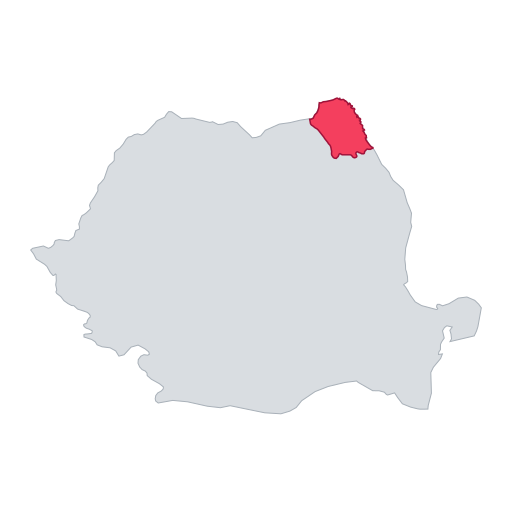 where Botosani sits in Romania
{"feature_id": "ROU-287", "entity_name": "Botosani", "entity_type": "County", "adm_level": 1, "iso_a3": "ROU", "parent_name": "Romania", "parent_adm1": "", "projection": "mercator", "projection_center": [26.907, 47.851], "detail": "fine", "context": "in_parent", "style": "filled", "palette": "rose", "viewbox_px": 512, "rotation_deg": 0, "n_neighbors": 0, "source": "natural_earth", "source_scale": "10m", "svg_char_len": 5537}
<svg xmlns="http://www.w3.org/2000/svg" viewBox="0 0 512 512"><path d="M410.2,294.9L415.2,301.9L421.6,305.6L436.3,309.5L437.6,309.1L437.7,308.3L436.7,307.3L436.6,306.0L437.3,304.4L439.3,304.3L442.6,305.8L449.0,303.7L458.3,298.1L466.9,297.0L474.7,300.3L478.7,304.2L481.3,307.8L480.5,312.3L480.0,315.1L477.9,326.7L476.5,331.0L474.2,335.9L450.0,341.6L451.5,338.9L451.0,334.0L449.9,330.3L452.2,327.0L446.8,325.8L444.4,327.6L442.5,330.8L444.2,338.1L441.5,342.1L440.5,344.4L440.4,349.7L438.8,352.0L438.5,354.5L442.4,353.9L440.6,358.5L433.4,367.2L430.8,372.5L431.4,393.2L428.2,405.5L427.9,409.1L420.2,409.2L417.9,408.9L410.6,407.1L402.4,403.8L397.6,397.5L394.6,392.9L387.6,395.0L386.3,394.4L384.4,392.2L379.2,390.8L372.7,390.7L358.2,382.4L356.6,381.0L345.2,382.4L328.1,386.5L315.1,391.6L301.7,400.7L296.2,407.5L289.9,411.1L280.9,413.8L264.8,412.8L248.1,409.4L230.1,405.7L220.4,407.7L207.3,406.2L187.5,401.8L172.7,400.4L158.2,403.0L155.7,401.0L155.2,398.8L155.8,395.5L157.8,392.9L161.3,391.0L163.2,389.0L163.4,386.9L159.4,383.7L151.3,379.2L148.0,376.3L147.2,375.6L147.0,373.1L145.3,371.1L142.1,369.6L139.7,367.0L138.0,363.2L138.3,359.6L140.8,356.2L143.9,354.7L147.8,355.2L149.4,354.2L148.7,351.8L145.0,348.8L138.1,345.1L131.1,347.1L124.0,354.8L118.9,356.1L115.7,350.9L110.1,347.8L102.1,346.8L97.1,344.8L95.2,341.8L91.7,339.5L84.0,337.0L83.9,334.6L85.1,334.1L87.9,333.9L91.6,333.4L92.2,332.0L92.2,330.8L89.3,329.2L86.3,328.2L84.8,327.1L83.8,326.0L83.6,324.7L84.5,323.9L85.7,323.8L86.8,323.1L87.5,320.3L89.1,317.9L90.2,317.1L90.2,315.4L89.0,313.8L87.4,312.4L85.0,311.5L77.6,309.1L73.9,305.7L71.6,305.5L68.0,303.6L64.0,300.7L60.7,296.5L57.0,293.7L56.1,292.6L56.0,291.5L56.7,290.3L56.6,289.1L55.7,284.9L56.3,280.5L56.1,276.4L56.1,274.5L55.4,274.0L54.8,274.6L53.9,275.4L53.0,275.5L50.3,272.5L46.9,266.4L44.6,264.3L40.1,261.5L36.3,259.1L33.6,253.9L30.7,250.0L32.6,248.3L43.4,246.0L48.4,248.3L50.7,247.4L52.9,245.6L54.1,244.1L54.3,242.5L55.4,240.5L59.1,239.6L68.7,240.8L72.6,238.0L74.1,236.5L74.9,233.2L75.9,230.5L79.4,229.1L79.4,226.6L78.8,223.9L80.8,218.0L82.1,215.5L84.0,214.6L86.4,212.8L90.5,208.8L89.5,205.4L90.4,202.9L94.6,196.7L97.9,190.8L97.8,187.8L98.3,185.2L101.2,182.3L104.2,178.6L108.2,166.9L109.6,165.0L112.2,162.7L114.2,160.5L114.4,152.8L116.2,150.6L119.8,148.1L123.2,144.1L126.1,139.3L128.3,137.1L131.2,136.5L134.3,134.6L137.8,133.9L141.2,134.9L143.4,134.4L146.6,132.1L155.0,123.3L156.2,121.5L157.9,120.3L164.6,117.3L166.4,114.3L168.7,111.6L171.7,111.8L181.5,118.5L192.0,118.1L193.9,118.3L194.5,118.5L195.8,119.0L209.7,122.4L211.9,122.0L212.5,121.7L218.1,124.5L223.1,124.1L227.8,122.2L232.7,121.5L237.2,122.7L240.6,126.6L249.5,134.8L252.2,137.8L256.3,137.4L260.8,135.8L265.3,130.3L279.3,124.1L290.1,122.6L300.5,120.1L312.6,118.3L316.1,113.2L318.0,109.7L319.4,103.3L325.9,101.4L332.1,100.1L334.3,99.2L338.8,99.0L342.3,99.5L347.7,102.7L351.5,106.7L353.0,109.9L356.3,114.4L359.7,120.7L363.5,129.0L364.3,133.2L365.7,137.8L368.5,143.3L373.8,149.4L374.6,150.6L377.0,154.9L381.7,164.4L385.6,168.2L389.0,172.3L390.7,176.5L393.1,180.3L398.8,185.2L403.5,189.8L407.2,202.7L409.8,208.7L411.5,213.2L410.7,222.4L411.7,226.4L409.6,233.5L405.7,247.9L404.8,259.3L405.5,265.4L405.6,269.4L406.5,271.9L407.5,277.0L407.7,281.5L406.3,282.8L404.4,283.9L403.6,284.8L405.4,286.8L407.8,290.6L410.2,294.9Z" fill="#d9dde1" stroke="#a8b0b8" stroke-width="1"/><path d="M337.6,98.2L338.7,99.1L339.2,99.3L339.8,98.5L340.3,99.6L341.2,99.8L343.2,99.4L344.0,99.8L345.1,101.1L345.6,100.8L347.6,102.9L347.9,103.4L348.1,104.6L348.5,104.4L349.1,103.6L349.5,103.2L350.1,103.7L350.3,104.5L350.7,105.3L352.3,105.9L352.3,106.5L351.8,107.1L350.9,107.1L350.9,107.6L352.2,108.4L353.1,108.7L353.7,108.2L354.1,108.4L354.5,108.7L354.7,109.1L354.7,109.5L354.2,110.1L354.1,110.5L354.4,112.3L355.3,113.7L356.4,114.7L357.7,115.4L357.7,115.9L356.7,116.4L356.7,116.7L356.8,116.9L356.9,117.2L357.0,117.4L358.2,116.8L358.9,117.8L359.3,118.7L359.9,118.4L360.5,119.0L360.5,119.6L360.2,120.3L359.6,120.8L360.6,121.6L360.9,121.8L360.9,122.2L360.1,123.3L360.6,124.0L361.7,124.6L362.6,125.6L362.5,126.0L362.6,128.1L362.6,128.6L363.1,129.0L363.6,129.1L364.2,129.4L364.5,130.0L362.9,131.0L363.5,131.5L364.1,132.5L364.7,133.6L364.9,134.2L365.1,134.5L365.9,135.1L366.1,135.4L366.2,135.5L366.3,136.1L366.2,136.8L366.5,137.3L366.5,137.8L365.4,138.0L365.8,139.6L366.9,141.4L370.0,145.5L371.4,146.9L372.9,147.5L373.0,148.1L370.4,149.3L368.4,149.3L367.7,149.1L367.1,149.1L366.5,149.5L365.7,150.4L365.3,150.8L364.9,151.3L364.6,151.8L364.4,153.0L364.1,153.5L363.5,153.8L362.2,153.8L361.5,153.7L360.7,153.2L359.9,152.9L358.6,152.5L357.8,151.9L357.4,151.8L356.9,151.9L356.3,152.3L356.0,152.8L355.9,153.3L355.9,153.9L356.8,155.8L356.8,156.4L356.6,156.9L356.1,157.3L355.1,157.7L354.4,157.8L353.5,157.5L352.9,157.1L352.4,156.5L351.7,155.6L351.3,155.3L350.9,155.0L350.4,154.8L342.4,154.8L341.7,154.6L341.2,154.3L340.3,153.7L339.8,153.7L339.4,153.9L339.0,154.3L338.8,155.0L338.1,156.5L336.2,158.4L334.2,158.1L333.7,157.7L333.0,157.1L331.9,155.4L331.6,154.7L331.5,153.9L331.5,153.1L331.6,152.1L331.6,151.2L330.9,147.5L330.4,146.0L329.9,145.1L328.4,143.6L327.8,142.5L324.7,138.6L323.8,137.1L318.3,130.1L317.2,129.0L314.8,127.6L312.9,126.0L311.6,125.2L310.9,124.4L310.5,123.7L309.7,119.3L310.8,119.3L313.1,118.3L313.5,117.6L314.6,115.1L315.2,114.4L316.4,113.3L317.0,112.6L317.7,111.1L318.5,108.9L319.0,106.6L319.0,105.0L319.3,102.7L319.7,102.8L320.6,102.9L321.4,102.7L323.0,101.9L323.8,101.7L326.0,101.5L326.8,101.4L332.8,100.0L334.3,99.3L336.5,98.2L337.6,98.2Z" fill="#f43f5e" stroke="#9f1239" stroke-width="1.5"/></svg>